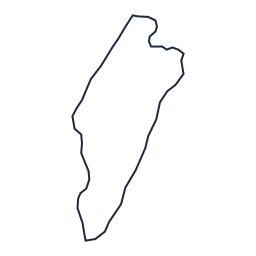 Mörbylånga, Kalmar, Sweden
{"feature_id": "70781695B97428107441054", "entity_name": "Mörbylånga", "entity_type": "district", "adm_level": 2, "iso_a3": "SWE", "parent_name": "Sweden", "parent_adm1": "Kalmar", "projection": "natural_earth1", "projection_center": [16.526, 56.492], "detail": "fine", "context": "isolated", "style": "outline", "palette": "slate", "viewbox_px": 256, "rotation_deg": 0, "n_neighbors": 0, "source": "geoboundaries", "source_scale": "gbopen_adm2", "svg_char_len": 706}
<svg xmlns="http://www.w3.org/2000/svg" viewBox="0 0 256 256"><path d="M132.7,15.4L125.4,26.8L118.0,39.2L112.9,46.5L101.1,65.7L90.8,79.2L85.7,91.2L82.0,100.1L76.8,107.9L72.4,116.2L74.6,128.8L81.2,134.5L82.0,143.4L81.2,152.9L84.9,162.3L88.6,171.2L89.3,179.6L86.3,188.5L80.4,193.3L78.2,198.5L77.5,208.0L82.6,223.2L84.1,232.7L85.6,240.6L95.2,239.1L104.8,231.7L109.2,221.7L121.0,204.3L125.4,187.5L135.7,170.2L145.3,148.1L148.2,136.1L156.3,119.4L160.0,102.2L167.3,91.2L175.4,85.0L183.5,74.0L181.3,60.5L183.6,53.7L178.3,49.6L172.5,47.5L166.6,49.6L162.2,46.5L151.1,46.5L148.9,41.3L149.7,36.6L155.5,31.4L157.0,26.8L155.5,20.5L148.2,16.9L137.9,16.4L132.7,15.4Z" fill="none" stroke="#1e293b" stroke-width="2"/></svg>